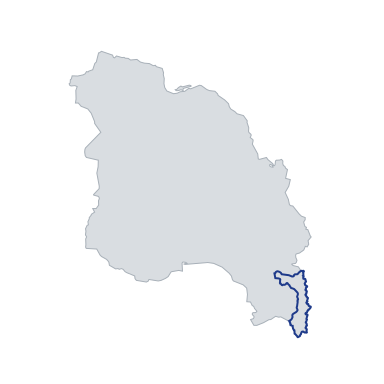 Iran, with West Azarbaijan highlighted, rotated 194°
{"feature_id": "IRN-3237", "entity_name": "West Azarbaijan", "entity_type": "Province", "adm_level": 1, "iso_a3": "IRN", "parent_name": "Iran", "parent_adm1": "", "projection": "orthographic", "projection_center": [44.982, 37.874], "detail": "fine", "context": "in_parent", "style": "outline", "palette": "blue", "viewbox_px": 384, "rotation_deg": 194, "n_neighbors": 0, "source": "natural_earth", "source_scale": "10m", "svg_char_len": 7949}
<svg xmlns="http://www.w3.org/2000/svg" viewBox="0 0 384 384"><g transform="rotate(194 192 192)"><path d="M182.1,112.9L185.9,112.7L192.6,109.7L193.1,109.1L194.7,104.1L196.9,101.7L200.7,98.7L203.3,97.5L212.6,96.7L213.0,94.8L214.5,93.6L224.6,92.8L226.3,94.1L227.3,96.7L236.0,98.0L237.8,98.6L240.1,100.3L241.9,100.6L243.9,99.4L245.3,99.8L247.5,98.9L254.4,100.9L255.7,103.8L257.1,105.0L258.7,106.0L264.2,107.5L266.0,108.6L270.6,113.6L281.0,111.7L281.9,112.8L282.2,115.2L283.8,120.7L283.4,123.0L285.0,124.6L285.4,128.2L286.4,130.6L285.7,134.2L284.6,135.1L285.8,138.0L285.2,141.2L285.5,142.3L284.2,145.1L284.3,146.0L281.6,148.9L284.3,151.9L281.0,152.7L279.4,156.7L280.6,160.9L280.3,163.2L280.9,164.4L281.9,165.1L286.6,165.2L286.9,165.7L282.9,172.8L283.4,175.2L288.9,187.3L289.2,193.8L290.6,200.2L302.8,200.0L304.4,201.4L305.8,204.8L306.2,207.5L306.0,209.0L294.9,227.9L303.0,234.9L303.5,236.7L308.8,244.0L313.2,247.4L320.3,248.3L323.8,250.8L326.6,250.1L327.0,254.2L329.3,262.5L328.9,266.5L331.4,266.9L335.0,265.6L336.5,266.0L337.4,267.3L336.6,268.3L337.2,271.6L336.4,272.5L336.4,275.7L330.9,276.9L326.0,279.3L324.3,280.8L323.5,283.3L321.8,283.4L321.4,284.3L317.9,286.6L317.4,293.2L316.3,295.0L316.3,304.4L315.5,304.7L313.9,306.6L302.2,305.6L300.8,303.6L299.6,303.4L298.2,305.7L292.4,305.5L290.5,306.2L289.2,305.7L286.2,306.2L283.6,305.2L277.5,307.3L273.5,305.6L269.4,305.5L264.4,306.3L260.2,305.2L258.1,306.1L257.0,305.0L250.8,304.7L248.5,300.9L248.2,298.8L246.4,295.4L245.4,290.3L243.7,286.7L240.8,283.9L233.7,282.9L230.2,284.3L227.7,286.4L223.4,287.9L220.2,291.8L218.2,291.8L210.5,297.4L208.7,297.5L202.4,295.0L199.6,294.6L194.1,295.3L190.9,293.4L190.0,292.0L182.5,289.2L177.9,286.5L176.4,283.7L174.3,281.8L169.9,280.4L167.3,278.8L160.6,278.6L155.6,274.4L155.5,272.9L152.5,268.1L151.8,264.5L151.1,263.5L148.7,262.2L148.3,261.2L148.7,258.9L145.6,257.6L145.1,256.5L145.0,253.0L137.4,244.8L135.7,240.1L134.4,240.0L128.1,243.5L126.2,241.8L120.4,239.0L119.6,237.9L121.0,237.3L122.4,237.8L123.3,237.1L122.9,236.1L121.4,235.5L119.5,235.6L120.1,236.6L118.3,237.6L118.0,238.8L118.5,242.3L117.8,243.3L114.9,244.1L113.0,245.3L111.3,244.0L110.8,241.5L109.7,239.8L108.1,239.3L106.9,237.7L104.8,236.9L104.5,227.9L99.6,227.8L99.5,221.0L101.5,214.1L96.7,208.1L94.5,203.5L93.2,202.6L90.8,202.8L82.7,196.6L79.9,195.0L76.0,194.6L75.5,192.4L76.4,189.9L74.6,186.7L74.0,185.8L72.4,185.4L72.5,183.4L70.5,183.5L66.6,178.0L65.5,177.2L67.6,172.9L66.1,169.5L67.0,166.6L68.9,166.7L69.5,162.8L72.9,158.8L75.9,157.1L76.2,155.9L75.5,153.7L73.6,151.1L73.8,148.8L74.4,147.7L77.6,146.4L77.7,145.9L76.2,145.1L70.7,145.1L67.7,142.4L64.9,141.8L63.2,135.9L62.7,135.2L61.4,135.0L60.6,133.9L60.1,130.0L58.2,128.2L56.6,122.4L56.5,121.0L57.0,119.7L54.0,117.2L53.6,113.3L54.2,112.4L50.7,109.6L49.2,109.5L49.0,109.0L51.4,103.0L52.3,101.6L50.3,100.7L50.3,97.7L49.8,95.2L50.0,92.9L48.6,91.2L48.3,90.1L48.8,87.5L47.4,86.3L46.7,83.5L51.6,82.8L52.5,78.5L54.3,76.8L57.4,78.8L61.7,85.7L64.3,87.7L66.3,90.0L75.6,92.3L77.6,91.5L80.8,91.6L84.7,87.3L86.5,86.7L91.1,82.4L96.8,78.3L99.7,77.6L104.3,82.4L101.8,84.0L101.5,85.2L101.8,86.4L103.8,87.6L104.1,89.0L103.5,89.7L100.9,90.5L100.2,92.0L103.1,94.1L104.5,96.0L106.1,96.4L108.6,99.4L112.3,98.8L113.4,106.0L115.7,112.0L119.9,114.3L130.3,115.7L131.6,116.8L133.4,120.0L136.3,122.2L144.6,126.4L153.7,128.0L159.6,127.4L180.8,120.2L182.8,120.0L179.7,121.7L181.0,122.2L183.8,121.9L184.3,121.3L184.4,120.4L182.1,112.9ZM231.6,287.9L230.4,290.1L228.4,292.1L226.7,291.7L220.5,295.0L218.8,295.0L218.5,294.3L225.3,290.5L225.6,289.7L225.1,288.2L227.4,288.6L229.8,287.1L231.9,286.5L233.0,287.2L231.6,287.9Z" fill="#d9dde1" stroke="#a8b0b8" stroke-width="1"/><path d="M54.4,76.7L54.6,76.9L54.9,77.4L55.1,77.6L55.9,78.0L56.1,78.2L57.2,79.0L57.3,79.1L57.5,79.2L57.8,79.3L58.1,79.3L58.3,79.6L58.4,80.0L58.8,81.6L59.0,82.0L59.3,82.2L59.2,82.4L59.2,82.6L59.6,82.8L59.8,82.8L60.0,83.0L60.5,83.4L60.6,83.5L60.7,83.8L60.9,83.9L61.0,84.0L61.3,84.7L61.4,84.9L61.5,85.1L61.6,85.3L61.8,86.1L61.9,86.4L62.2,86.3L63.6,86.7L63.9,86.6L64.0,86.6L64.0,86.9L64.0,87.0L64.3,87.1L64.5,87.2L64.6,87.4L64.4,87.7L64.5,87.9L64.7,88.0L64.8,88.0L65.0,88.3L65.1,88.7L65.1,88.8L65.3,88.9L65.6,89.1L65.6,89.3L65.6,89.5L65.6,89.8L65.7,90.0L66.0,90.2L66.3,90.3L66.5,90.4L66.4,90.5L64.9,92.1L64.6,92.8L64.2,94.6L64.4,95.6L64.8,96.5L64.8,97.4L64.3,98.3L61.9,100.7L61.2,102.0L61.0,102.8L61.2,103.4L62.1,104.5L62.2,104.8L62.4,105.0L62.5,105.5L62.5,105.8L62.4,106.4L62.9,111.1L63.2,111.4L63.3,111.6L63.4,112.7L63.4,112.8L63.2,112.9L63.1,113.0L63.1,113.4L63.3,113.8L63.4,114.1L64.3,115.2L64.7,116.0L64.5,118.1L64.7,119.1L65.3,119.9L69.3,122.5L71.1,122.8L72.6,122.8L74.5,124.5L74.8,125.0L76.5,125.9L77.1,126.5L77.7,126.7L78.1,126.5L78.4,126.1L78.4,125.9L78.6,125.4L79.0,124.9L79.9,124.3L80.6,124.2L80.9,124.2L81.3,123.8L81.8,123.4L82.5,123.5L82.9,124.0L83.5,124.3L84.2,124.4L84.6,124.8L84.7,125.2L84.5,125.4L85.1,127.0L85.1,128.2L85.6,128.9L87.0,129.1L90.3,128.6L92.3,132.9L92.0,133.0L91.6,133.2L91.5,133.6L91.6,133.9L91.5,134.1L91.3,134.6L90.7,135.3L89.7,135.8L88.1,135.7L86.7,135.3L86.1,135.0L85.9,134.7L85.6,134.5L85.4,134.2L85.1,133.9L77.9,134.7L74.4,134.2L73.2,134.7L72.9,135.1L72.9,136.0L72.2,137.0L69.9,137.7L69.5,138.2L69.4,138.5L69.1,138.8L68.9,139.7L68.1,140.5L67.9,141.1L67.3,141.7L66.9,142.0L66.5,141.9L66.2,141.9L65.7,142.1L65.4,142.2L65.2,142.4L64.9,142.5L64.6,142.4L64.3,142.2L64.2,141.9L64.3,141.5L64.5,141.2L64.6,140.9L64.7,140.6L64.5,140.2L64.1,139.6L64.0,139.3L64.0,138.5L64.0,138.1L63.8,137.9L63.5,137.7L63.4,137.5L63.8,137.3L63.5,137.0L63.4,136.7L63.4,135.9L63.3,135.5L63.1,135.1L62.9,134.8L62.5,134.8L61.8,135.1L61.4,135.1L61.0,134.9L60.8,134.7L60.7,134.4L60.7,134.2L60.5,133.9L60.4,133.8L60.3,133.5L60.2,133.3L59.9,133.1L59.7,132.8L59.7,132.6L59.8,132.5L60.0,132.4L60.0,132.0L60.2,131.5L60.4,130.8L60.5,130.5L60.3,130.1L60.0,129.5L59.8,129.2L59.5,129.1L59.3,129.1L59.2,129.0L59.0,128.9L58.9,128.8L58.7,128.6L58.1,128.6L57.8,128.5L57.5,128.4L57.4,128.1L57.5,127.6L58.0,127.0L58.2,126.7L58.3,126.3L58.2,125.9L58.1,125.6L58.0,125.3L58.1,124.9L58.2,124.7L58.3,124.5L58.2,124.3L57.9,124.2L57.7,124.0L57.6,123.9L57.2,124.0L57.0,123.9L56.9,123.6L56.7,123.4L56.4,123.0L56.4,122.8L56.6,122.3L56.7,122.0L56.6,121.7L56.5,121.4L56.4,121.0L56.5,120.7L56.9,120.5L57.0,120.2L57.1,119.7L56.8,119.3L56.0,118.8L55.9,118.6L55.8,118.3L55.7,118.2L55.2,118.2L54.8,117.6L54.6,117.4L54.1,117.4L53.9,117.3L53.8,117.0L54.0,116.5L54.0,116.2L53.9,115.8L53.9,115.4L54.0,115.0L54.1,114.6L54.1,114.3L53.8,114.1L53.5,113.8L53.6,113.2L54.2,112.7L54.3,112.5L54.3,112.3L53.8,111.7L53.4,111.4L53.1,111.2L52.7,111.3L52.3,111.4L52.1,111.4L52.0,111.2L52.1,110.8L51.9,110.7L51.7,110.7L51.4,110.3L51.4,110.1L51.3,109.9L51.2,109.8L50.7,109.6L49.6,109.6L49.1,109.5L48.9,109.2L49.0,109.0L49.1,108.8L49.2,108.6L49.2,108.4L49.1,108.1L49.2,107.9L49.3,107.7L49.5,107.2L49.8,106.9L50.0,106.6L50.1,106.2L50.4,105.9L50.7,105.8L50.7,105.6L50.6,105.3L50.6,105.2L50.8,105.1L51.0,105.0L51.1,104.8L51.2,104.6L51.3,104.2L51.3,103.9L51.3,103.1L51.7,102.6L52.2,102.3L52.5,101.8L52.5,101.5L52.4,101.3L52.2,101.0L52.0,100.9L51.8,100.8L51.6,100.8L51.2,101.1L50.5,100.9L50.3,100.9L50.2,100.8L50.1,100.6L50.2,100.3L50.2,100.2L50.1,99.7L50.3,98.8L50.3,98.5L50.2,97.6L50.3,97.0L50.3,96.6L50.2,96.3L50.1,96.2L49.8,96.1L49.6,96.0L49.6,95.9L49.7,95.7L49.8,95.6L49.7,95.3L49.7,95.1L49.7,94.9L49.7,94.5L50.1,93.3L50.0,92.8L49.3,92.4L49.1,92.2L48.9,91.9L48.8,91.6L48.7,91.4L48.7,91.1L48.6,90.9L48.4,90.7L48.3,90.4L48.2,90.2L48.4,89.8L48.6,89.6L48.8,89.4L48.6,88.8L48.7,88.5L49.0,88.0L48.9,87.5L48.4,87.2L47.8,86.8L47.4,86.6L47.4,86.4L47.5,86.1L47.3,85.6L47.3,85.3L47.3,85.2L47.2,84.7L47.1,84.3L47.0,84.2L46.7,83.8L46.6,83.5L46.8,83.3L47.0,83.2L47.4,83.1L47.7,83.1L48.1,83.1L48.8,82.9L49.1,83.0L50.0,83.4L50.4,83.5L50.7,83.4L51.4,83.1L51.6,82.9L51.8,82.5L51.8,82.2L51.8,81.9L51.9,81.5L52.0,81.3L52.0,81.1L52.0,80.9L51.9,80.6L52.0,80.4L52.0,80.1L52.5,79.2L52.6,78.9L52.6,78.7L52.5,78.2L54.0,76.8L54.4,76.7Z" fill="none" stroke="#1e3a8a" stroke-width="2"/></g></svg>